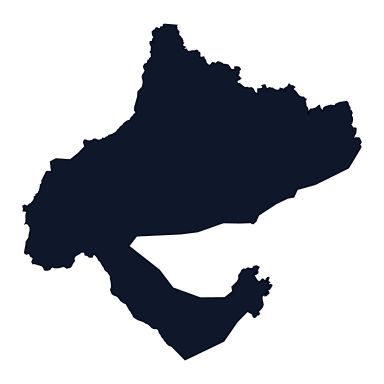 outline of Cagaannuur, Hövsgöl, Mongolia
{"feature_id": "93677404B97246695364333", "entity_name": "Cagaannuur", "entity_type": "district", "adm_level": 2, "iso_a3": "MNG", "parent_name": "Mongolia", "parent_adm1": "Hövsgöl", "projection": "mercator", "projection_center": [98.912, 51.64], "detail": "fine", "context": "isolated", "style": "filled", "palette": "ink", "viewbox_px": 384, "rotation_deg": 0, "n_neighbors": 0, "source": "geoboundaries", "source_scale": "gbopen_adm2", "svg_char_len": 5859}
<svg xmlns="http://www.w3.org/2000/svg" viewBox="0 0 384 384"><path d="M24.7,252.8L26.4,254.1L28.1,253.3L29.7,253.5L30.5,256.0L33.5,257.8L32.8,260.5L32.0,261.7L32.8,263.5L34.6,263.4L42.4,265.7L44.0,267.9L44.5,269.7L45.4,270.0L47.6,270.0L49.8,269.3L50.5,268.0L52.5,266.6L54.5,267.5L56.1,267.6L59.1,267.4L63.4,266.2L64.5,266.4L66.9,268.0L70.5,266.9L71.6,265.3L72.0,264.0L74.3,260.8L73.7,258.9L73.8,257.8L75.5,255.5L78.5,254.0L81.5,251.8L84.6,252.1L85.1,252.5L85.0,254.2L85.4,254.9L87.9,255.4L89.2,256.9L92.1,257.0L92.8,254.9L94.0,254.1L94.8,254.3L97.1,256.8L98.4,258.8L99.0,260.3L99.8,260.6L101.0,262.2L102.8,265.5L104.0,266.8L104.8,269.2L106.0,270.6L107.6,271.5L110.7,276.2L110.5,278.3L111.5,282.7L111.8,287.2L110.9,289.3L110.9,290.1L112.2,293.6L113.7,294.7L116.9,295.9L118.7,297.4L120.9,300.5L123.6,302.6L126.1,303.5L129.9,310.1L131.2,311.4L131.7,312.9L132.8,314.1L133.6,316.4L134.4,317.2L138.1,319.5L144.1,321.6L146.1,323.1L147.2,323.2L149.7,325.0L152.2,327.6L153.8,328.3L157.0,328.5L158.2,329.3L159.0,330.6L159.5,332.7L161.5,335.3L162.0,336.8L163.5,338.2L164.9,340.8L166.0,341.4L166.8,343.1L169.0,345.1L171.8,346.1L185.1,359.6L223.7,341.0L237.1,321.6L247.4,311.1L252.7,314.0L253.2,316.1L254.2,317.3L255.5,316.8L256.8,314.9L258.7,314.6L259.3,313.3L258.0,312.6L258.1,311.6L261.3,308.2L262.2,306.9L263.0,304.6L261.6,297.7L262.1,295.9L267.1,292.4L267.4,292.5L266.0,293.7L265.1,295.6L265.8,295.6L268.4,293.5L268.8,293.0L268.7,292.4L266.8,289.9L268.4,290.0L266.7,289.2L269.5,289.1L271.7,285.6L271.6,285.0L270.3,284.7L270.2,285.4L269.7,285.4L267.8,284.4L267.8,283.9L268.3,283.6L268.0,282.9L269.2,282.5L268.5,281.9L267.9,282.7L267.3,281.6L267.4,280.8L268.1,280.0L267.7,279.4L268.3,279.1L268.8,277.9L268.4,277.5L267.5,277.9L266.3,279.4L266.4,280.2L265.8,280.7L266.4,281.5L265.9,281.9L263.9,280.4L263.5,279.5L262.2,279.3L261.6,280.0L262.1,280.1L261.8,280.7L258.8,282.1L256.7,280.2L254.1,275.9L254.2,274.1L253.9,274.8L253.6,274.4L255.6,272.5L255.8,272.8L255.5,273.3L254.7,273.7L255.1,274.3L256.2,274.1L257.6,273.0L257.7,271.9L256.1,272.0L257.5,270.1L257.7,269.1L258.8,267.2L256.4,266.0L254.0,266.6L253.3,267.4L253.1,268.4L251.8,269.3L252.1,269.6L251.5,269.3L251.4,268.8L247.8,268.2L245.3,269.7L243.6,269.2L242.0,270.4L241.0,272.7L238.9,275.4L239.0,278.8L237.3,282.0L232.1,286.9L233.0,291.4L224.8,297.9L200.3,298.1L172.8,288.1L159.2,270.2L128.5,246.1L136.5,235.8L180.6,233.7L197.5,231.6L223.4,222.5L239.7,222.8L251.3,222.4L252.0,223.3L253.2,223.5L255.7,221.3L258.5,215.0L276.4,203.3L287.7,197.9L293.7,196.9L297.1,189.3L315.1,184.3L348.4,167.8L360.5,147.6L360.7,146.5L359.3,144.7L361.0,142.2L359.3,138.4L358.6,138.0L355.2,138.0L353.8,138.6L352.5,138.1L354.1,136.1L354.3,134.7L355.4,133.6L356.0,128.9L355.8,128.3L353.0,128.2L350.3,124.3L351.7,122.9L352.3,120.1L352.2,117.8L351.2,115.5L351.3,114.1L352.0,113.1L351.1,110.9L349.7,110.2L349.8,107.5L348.5,105.6L347.8,103.0L346.7,101.7L339.6,102.7L335.9,104.3L334.9,106.0L330.5,105.4L325.6,106.8L323.8,108.1L323.2,110.4L322.3,111.1L319.9,107.9L319.5,105.8L319.2,105.5L316.2,108.0L312.9,109.2L310.6,109.3L309.2,111.7L309.1,113.3L308.2,113.9L307.7,109.3L307.2,107.8L305.4,105.5L305.7,104.9L305.6,103.6L304.9,101.0L305.1,100.1L305.9,99.7L305.8,99.1L305.0,99.0L303.5,97.3L301.7,97.4L298.6,95.8L295.3,91.3L292.8,89.5L292.9,88.8L294.5,87.1L292.5,85.9L291.1,86.1L289.1,84.3L287.9,86.7L284.9,88.4L285.2,89.8L280.3,88.4L279.8,89.7L277.6,90.8L273.7,89.3L272.2,88.2L271.2,88.4L269.4,87.8L266.6,89.4L264.8,85.0L262.3,85.6L262.9,86.3L262.9,87.8L262.1,88.7L257.9,89.1L258.1,93.5L256.1,93.4L254.5,92.3L253.3,89.3L252.3,88.4L251.0,87.8L249.3,88.4L247.2,87.5L245.8,87.9L244.2,87.5L239.3,83.6L238.1,84.2L236.5,81.6L237.5,79.9L239.3,79.5L240.5,78.4L237.7,75.5L237.6,74.6L238.6,74.0L239.0,72.7L238.8,70.5L240.2,69.3L239.2,67.5L236.8,66.9L234.9,67.2L235.1,69.5L234.7,69.9L231.1,69.7L228.2,65.2L224.9,64.5L224.1,65.1L221.9,63.3L218.1,61.9L216.3,63.2L215.7,64.2L214.5,64.1L214.4,63.2L213.0,62.8L212.4,62.9L210.2,65.6L208.3,65.2L206.2,63.3L205.1,59.8L204.1,59.0L203.7,57.1L200.7,57.7L199.4,56.2L199.8,54.5L199.5,52.6L197.8,52.2L197.6,50.8L196.5,50.4L194.4,51.1L191.9,51.0L190.8,51.7L189.4,51.4L187.8,52.1L186.2,49.3L184.8,49.7L183.0,48.5L184.9,47.1L182.8,46.1L182.0,45.0L183.3,42.9L182.3,42.1L182.7,40.5L182.2,39.9L181.9,38.7L180.8,37.8L180.1,36.5L178.4,35.4L178.7,31.4L177.6,30.7L176.7,29.0L176.6,27.3L176.1,26.5L176.7,25.4L164.3,24.4L163.5,25.0L163.5,26.7L160.8,27.2L160.3,28.9L158.0,28.8L157.3,28.1L156.2,28.0L155.0,30.0L155.0,30.6L153.9,30.4L152.4,31.9L152.8,35.1L154.4,37.1L152.9,39.2L152.6,41.5L152.9,42.2L151.6,41.6L150.3,41.8L150.2,43.6L151.7,47.0L151.4,49.3L151.6,50.5L150.4,51.9L151.7,53.4L151.4,54.0L151.7,56.8L149.9,58.6L149.4,60.3L148.2,60.3L147.3,63.5L144.8,64.3L143.7,66.5L144.2,68.4L145.5,70.5L143.6,74.1L142.6,75.0L142.4,76.8L143.5,82.2L142.5,87.1L138.1,91.9L137.9,96.4L134.9,107.2L134.8,110.4L136.4,112.1L135.8,112.8L135.8,113.5L134.3,114.4L132.8,116.5L131.4,117.6L130.0,120.5L127.2,121.2L124.1,123.5L122.8,125.5L120.2,127.3L119.6,128.6L117.6,130.2L117.4,131.1L116.2,132.3L112.9,134.3L108.8,135.7L108.0,136.8L106.3,137.3L104.6,138.9L102.7,138.4L102.5,139.2L99.6,140.4L97.9,140.4L95.1,139.2L93.6,139.4L92.8,140.4L89.6,141.2L89.6,141.8L89.1,141.3L89.0,142.1L86.3,140.3L84.9,140.1L84.0,141.2L83.7,142.3L85.1,146.6L78.5,153.4L70.3,160.0L56.1,159.0L50.6,161.9L51.8,171.7L46.6,171.6L42.0,180.9L42.3,182.3L41.6,184.0L40.5,185.0L40.9,185.8L40.3,186.9L40.4,188.2L39.9,188.8L39.7,190.7L38.8,191.8L38.4,193.3L36.2,194.4L35.9,196.3L34.4,197.0L34.6,198.5L33.5,200.7L31.0,203.8L29.1,204.5L29.0,205.2L28.1,206.0L26.9,206.3L24.6,205.3L23.0,206.2L23.9,209.0L23.3,210.8L26.3,211.0L26.8,211.7L26.9,212.9L26.2,214.0L26.1,217.7L26.6,218.9L26.1,219.6L26.1,222.2L25.4,223.5L26.3,223.2L28.7,224.3L29.2,225.9L30.3,227.2L30.3,230.8L29.3,234.6L29.3,236.5L29.0,237.9L26.2,242.1L26.3,243.7L24.7,252.8Z" fill="#0f172a" stroke="#020617" stroke-width="1.5"/></svg>